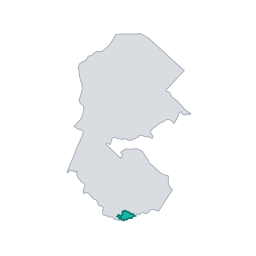 Nakonde, Muchinga, Zambia shown in context, rotated 133°
{"feature_id": "96606910B77888556336058", "entity_name": "Nakonde", "entity_type": "district", "adm_level": 2, "iso_a3": "ZMB", "parent_name": "Zambia", "parent_adm1": "Muchinga", "projection": "natural_earth1", "projection_center": [32.444, -9.465], "detail": "medium", "context": "in_parent", "style": "filled", "palette": "teal", "viewbox_px": 256, "rotation_deg": 133, "n_neighbors": 0, "source": "geoboundaries", "source_scale": "gbopen_adm2", "svg_char_len": 5142}
<svg xmlns="http://www.w3.org/2000/svg" viewBox="0 0 256 256"><g transform="rotate(133 128 128)"><path d="M163.5,168.5L154.3,168.5L151.0,169.4L148.3,170.6L145.1,172.7L143.2,174.0L142.7,174.8L142.4,176.5L142.4,179.2L142.1,181.1L141.1,182.8L136.2,184.9L133.0,186.6L129.9,188.6L127.5,191.3L125.9,194.5L123.2,198.6L117.5,205.7L114.3,207.1L111.5,206.8L108.2,205.3L105.5,205.0L103.6,205.9L101.7,205.6L100.1,204.1L98.7,203.6L97.6,204.0L96.1,203.9L93.5,203.1L91.2,200.5L89.9,199.5L89.0,199.1L86.2,198.6L80.0,198.1L73.5,199.3L67.8,200.6L61.9,194.9L56.3,188.9L55.1,187.3L52.9,185.3L51.4,184.3L50.8,183.8L49.2,178.5L48.3,173.5L47.7,126.1L73.3,126.1L75.0,125.9L75.0,125.4L73.8,122.8L73.9,121.9L74.2,120.2L75.3,116.8L75.3,115.6L74.8,111.9L74.8,109.8L75.1,105.6L74.9,104.1L75.5,102.3L75.7,101.0L75.9,100.4L75.6,99.0L75.1,94.0L74.7,91.9L76.3,92.2L76.8,93.2L77.1,94.4L77.8,94.4L79.6,95.1L80.3,96.0L80.7,98.0L80.5,99.1L79.9,99.9L80.5,100.6L81.7,101.1L82.4,101.0L84.5,99.6L86.4,99.1L87.3,98.7L91.6,97.8L92.4,97.4L93.0,97.4L93.4,97.7L93.0,99.2L92.9,100.4L93.5,102.8L93.9,103.9L94.8,104.8L95.4,105.2L96.1,106.0L97.6,105.9L100.8,107.1L101.8,107.7L103.2,108.2L104.2,108.4L107.5,108.9L111.1,109.5L112.9,109.6L114.2,109.4L115.1,109.1L115.7,108.7L115.9,108.4L117.2,103.8L117.9,103.5L118.8,103.2L119.3,103.7L119.9,106.5L122.4,109.1L123.3,111.3L124.0,113.1L124.5,113.6L125.5,114.3L127.1,114.5L128.4,114.6L135.3,117.7L136.1,118.3L136.9,120.0L137.5,121.9L138.0,123.4L138.9,123.7L139.7,123.8L140.5,124.9L141.1,125.8L143.1,129.5L143.4,131.0L144.4,132.0L145.7,132.4L147.0,132.4L147.7,132.0L149.5,131.2L150.8,130.3L151.8,130.0L152.4,130.2L152.9,130.8L153.2,132.7L154.1,133.3L154.9,133.1L155.1,132.4L155.1,132.0L155.1,112.5L154.5,112.6L153.7,113.2L151.8,113.2L151.1,113.7L150.9,114.3L151.1,115.1L151.1,116.2L150.8,116.7L150.0,116.9L148.9,116.5L146.8,115.9L145.0,115.6L143.8,114.1L142.1,111.9L141.0,110.8L138.3,108.5L137.8,108.1L137.0,107.0L136.3,105.2L135.6,103.0L135.3,101.7L135.9,99.6L137.4,92.9L137.8,90.8L139.1,88.6L139.2,86.7L138.6,84.3L138.8,82.9L138.9,75.2L138.6,72.7L137.7,70.0L135.7,66.3L135.7,65.5L138.7,63.0L139.6,62.1L141.1,60.1L142.2,58.4L142.8,57.1L143.1,55.3L142.6,53.6L143.6,53.3L168.1,48.9L168.5,50.1L169.2,52.0L170.1,53.4L171.1,54.7L172.0,55.4L172.6,55.6L176.4,55.6L177.8,56.3L179.0,57.3L179.3,58.7L180.0,59.7L180.9,60.4L181.2,60.5L181.9,60.3L182.9,60.3L183.8,60.6L184.3,60.9L184.3,62.2L184.6,62.7L185.9,62.9L187.2,63.0L188.4,63.9L189.8,64.0L191.4,64.4L192.1,65.3L193.8,66.2L195.8,67.0L198.1,68.4L198.1,68.8L198.5,69.6L198.9,70.2L198.9,71.1L199.1,71.9L199.7,72.0L200.2,72.1L200.6,71.5L201.2,71.5L201.9,71.9L202.1,72.8L202.6,74.0L203.5,74.9L204.0,75.7L203.8,77.2L203.5,78.5L204.6,79.8L206.1,81.1L206.5,81.7L206.6,83.5L206.8,84.2L207.8,85.7L208.3,86.8L208.2,87.4L205.6,90.5L203.9,90.9L203.2,91.6L202.8,92.2L203.8,95.3L204.4,96.5L203.9,97.9L202.9,100.4L202.4,100.6L202.3,102.5L202.6,103.2L203.1,103.8L203.3,105.0L203.3,108.2L202.6,111.8L203.8,114.9L204.2,115.3L205.9,115.3L206.2,115.6L205.8,116.5L204.6,117.9L202.5,118.9L199.4,120.1L198.8,121.3L198.4,122.9L198.7,123.9L199.1,124.4L199.0,125.9L198.7,127.4L198.8,128.6L198.7,129.7L198.3,130.2L197.8,131.8L197.1,133.4L196.6,134.1L195.8,134.9L194.6,135.5L194.6,135.8L196.0,136.6L196.4,137.1L196.5,137.5L195.9,138.3L196.5,138.8L197.3,139.2L198.0,140.2L198.9,142.3L199.0,142.5L199.3,142.5L199.7,142.3L200.6,141.5L201.2,141.2L201.9,142.3L189.2,147.3L186.2,148.3L181.7,150.1L180.3,150.7L179.1,151.4L167.2,155.3L165.4,156.0L161.2,158.0L161.1,158.3L161.1,159.2L161.5,161.1L162.2,162.8L162.8,163.8L163.2,166.3L163.5,168.5Z" fill="#d9dde1" stroke="#a8b0b8" stroke-width="1"/><path d="M192.6,75.2L192.9,74.8L193.3,74.9L193.3,74.7L193.5,74.6L193.8,74.4L194.0,74.3L194.2,74.1L194.4,73.9L194.5,73.7L194.5,73.3L194.7,73.2L194.8,73.0L195.3,72.7L195.5,72.7L195.8,72.9L196.0,72.9L196.1,73.2L196.2,73.4L196.6,73.2L197.0,72.9L197.3,73.0L197.8,72.6L197.8,73.2L197.7,74.5L197.7,75.4L198.0,75.8L198.5,75.8L198.8,75.6L199.3,75.7L199.5,75.4L200.0,75.5L199.8,74.9L199.8,74.5L199.9,74.3L199.8,73.9L199.9,73.7L199.8,73.3L200.1,71.9L199.9,71.9L199.8,72.1L199.6,72.1L199.2,72.1L199.2,71.8L199.4,71.6L199.2,71.0L199.2,70.8L199.4,70.7L199.6,70.2L199.6,69.8L199.1,69.8L198.9,69.6L198.5,69.7L198.4,69.6L198.5,69.3L198.4,69.2L198.5,68.8L198.4,68.6L198.6,68.3L198.2,68.3L198.0,67.9L197.9,68.1L197.7,67.7L197.3,67.9L196.6,67.4L196.6,67.2L196.4,67.0L195.9,67.0L195.8,66.4L195.3,66.3L194.3,66.2L193.9,66.0L193.4,65.8L192.9,66.0L192.1,64.6L192.2,64.3L191.7,64.0L191.6,63.9L191.4,63.7L190.3,63.9L188.9,64.0L188.0,63.4L187.8,62.9L187.6,62.8L187.8,63.2L187.9,63.4L187.8,63.8L187.8,64.2L187.6,64.7L187.7,64.8L187.4,65.2L187.5,65.5L187.6,66.0L187.8,66.2L187.9,66.5L188.1,66.6L188.3,66.9L188.6,67.1L188.8,67.6L188.8,67.9L189.0,67.9L188.9,68.7L189.1,69.3L189.0,69.5L188.9,69.5L189.0,69.7L189.0,70.0L189.2,71.0L189.4,71.2L189.4,71.4L189.6,71.6L189.8,71.6L189.8,71.8L189.9,72.1L190.1,72.2L190.2,72.4L190.3,72.5L190.2,72.8L190.1,73.4L190.2,73.8L190.4,73.8L190.5,74.0L190.7,73.9L190.8,74.0L190.9,73.9L191.1,74.0L191.3,73.9L191.4,74.0L191.5,74.0L191.8,74.3L192.0,74.3L192.0,74.5L192.3,74.9L192.6,75.2Z" fill="#14b8a6" stroke="#0f766e" stroke-width="1.5"/></g></svg>